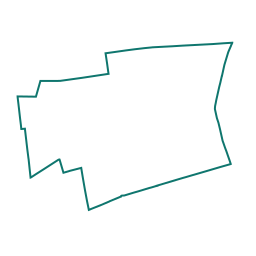 outline of Romanu, Braila, Romania, rotated 267°
{"feature_id": "2599482B95882755808747", "entity_name": "Romanu", "entity_type": "district", "adm_level": 2, "iso_a3": "ROU", "parent_name": "Romania", "parent_adm1": "Braila", "projection": "equal_earth", "projection_center": [27.72, 45.306], "detail": "fine", "context": "isolated", "style": "outline", "palette": "teal", "viewbox_px": 256, "rotation_deg": 267, "n_neighbors": 0, "source": "geoboundaries", "source_scale": "gbopen_adm2", "svg_char_len": 1608}
<svg xmlns="http://www.w3.org/2000/svg" viewBox="0 0 256 256"><g transform="rotate(267 128 128)"><path d="M207.7,236.6L207.6,227.3L207.4,217.3L207.4,207.2L207.4,197.0L207.4,196.7L207.4,186.9L207.3,177.1L207.3,176.8L207.3,173.3L207.3,161.6L207.3,161.4L207.3,156.9L207.2,155.2L206.9,148.7L206.7,145.6L206.3,139.1L205.6,130.1L205.1,124.4L204.6,118.8L203.8,109.5L193.4,110.5L185.1,111.2L183.1,111.4L180.5,84.6L178.6,62.5L179.6,43.0L164.1,37.7L165.3,19.4L165.2,19.4L164.5,19.4L162.8,19.5L158.3,19.8L151.9,20.2L143.7,20.7L136.6,21.2L132.6,21.4L132.6,22.2L132.7,25.0L112.3,26.3L103.0,27.0L102.1,27.1L92.6,27.6L89.1,27.8L83.6,28.1L83.7,28.4L83.9,28.8L86.8,33.8L91.2,41.6L99.8,56.6L100.2,57.7L100.1,58.0L86.7,61.2L87.9,66.4L88.2,67.4L90.6,79.2L88.7,79.4L81.5,80.2L70.6,81.5L67.4,81.9L57.6,83.2L48.3,84.6L52.6,97.3L55.6,105.5L55.8,105.8L59.8,117.1L59.8,117.3L60.0,117.4L60.3,117.5L60.5,117.6L60.7,117.9L60.8,118.4L60.8,120.3L60.8,120.8L63.2,130.5L64.2,134.9L67.1,146.6L67.1,146.8L67.2,147.3L67.4,148.2L67.8,149.9L68.4,152.3L68.7,154.0L68.9,153.9L73.7,173.7L75.4,180.8L75.9,183.1L77.6,190.2L77.9,191.6L81.0,204.7L84.2,218.1L86.0,226.0L86.5,228.2L86.6,228.7L86.8,228.7L87.5,228.5L90.4,227.7L95.2,226.3L99.4,225.1L103.5,223.8L108.0,222.5L110.3,221.8L110.9,221.7L122.1,219.8L128.5,218.6L133.2,217.3L142.2,215.8L142.9,215.8L145.2,216.1L146.8,216.5L148.3,216.9L151.2,217.6L156.9,219.2L164.4,221.3L168.2,222.5L172.1,223.6L174.9,224.4L174.9,224.5L186.1,227.6L198.3,232.0L198.5,232.1L199.4,232.5L200.6,233.1L204.6,235.1L205.4,235.4L206.8,236.2L207.6,236.6L207.7,236.6Z" fill="none" stroke="#0f766e" stroke-width="2"/></g></svg>